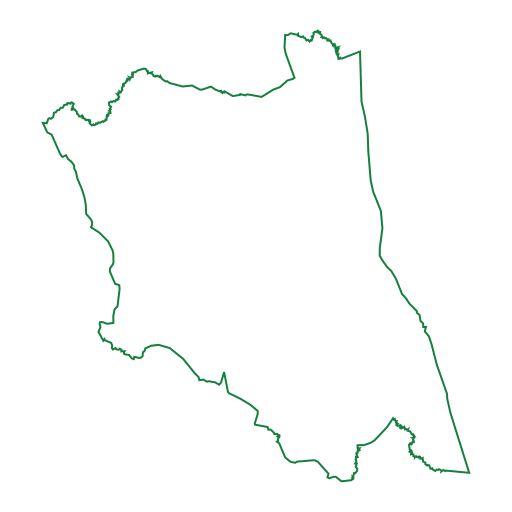 Suwannakhuha, Nong Bua Lam Phu, Thailand (Natural Earth projection)
{"feature_id": "78962969B89578186205363", "entity_name": "Suwannakhuha", "entity_type": "district", "adm_level": 2, "iso_a3": "THA", "parent_name": "Thailand", "parent_adm1": "Nong Bua Lam Phu", "projection": "natural_earth1", "projection_center": [102.211, 17.551], "detail": "fine", "context": "isolated", "style": "outline", "palette": "green", "viewbox_px": 512, "rotation_deg": 0, "n_neighbors": 0, "source": "geoboundaries", "source_scale": "gbopen_adm2", "svg_char_len": 5901}
<svg xmlns="http://www.w3.org/2000/svg" viewBox="0 0 512 512"><path d="M361.5,101.4L360.0,51.5L342.6,58.3L339.0,58.8L339.4,57.9L338.4,58.2L337.8,55.7L338.4,54.4L337.3,54.5L337.5,52.4L336.4,53.1L335.7,50.7L336.0,49.8L336.7,51.0L337.6,50.5L338.0,49.7L337.3,50.1L337.2,48.5L338.2,47.2L335.4,48.1L335.4,46.4L334.3,46.2L335.3,46.0L334.8,44.6L334.1,45.6L333.9,44.6L333.0,45.1L333.0,44.1L331.7,43.3L330.4,40.4L329.6,40.6L329.4,39.8L329.2,40.7L328.2,40.6L328.3,39.5L327.3,40.1L327.3,39.1L325.8,38.1L325.1,38.4L324.2,37.4L322.8,38.0L322.7,37.4L321.5,37.2L322.0,36.5L321.6,35.2L319.5,33.4L320.2,33.3L320.2,32.1L318.3,32.4L318.5,31.2L317.6,30.7L316.1,32.1L315.1,31.6L313.4,33.0L313.8,34.4L313.1,35.9L312.3,36.2L312.8,36.8L312.2,37.0L312.7,37.4L311.6,40.6L310.7,40.1L309.6,41.6L308.0,39.8L306.5,40.5L304.9,37.8L303.7,37.7L303.0,36.4L301.4,37.1L298.1,35.8L298.1,33.9L297.0,34.8L290.6,33.3L287.9,35.1L285.2,35.0L284.5,47.4L285.7,53.6L294.5,77.8L292.9,78.9L287.4,80.5L280.0,87.1L273.3,89.6L261.6,96.9L249.5,94.7L246.8,94.4L245.5,95.4L240.2,94.1L240.0,94.9L232.9,96.1L224.4,91.3L223.8,91.6L223.9,92.4L222.9,92.1L222.4,93.0L220.9,91.8L221.0,90.9L219.6,91.2L215.5,89.7L211.0,86.6L201.8,89.7L199.6,89.5L192.1,85.5L182.7,86.5L169.5,83.0L167.2,81.2L165.7,81.5L162.2,79.1L160.3,76.0L159.8,77.2L157.7,75.8L157.1,76.3L156.1,75.7L155.2,76.6L153.5,76.0L153.2,74.8L151.5,73.5L151.9,72.3L147.9,73.4L147.9,71.3L147.2,71.4L145.8,68.9L143.7,68.6L137.7,70.5L135.7,72.0L132.3,72.6L132.1,74.1L132.9,73.9L132.7,76.9L131.7,76.7L130.7,77.9L129.5,77.4L130.1,78.3L129.7,79.4L129.4,78.7L128.4,79.0L127.6,80.3L127.1,79.2L125.5,83.0L123.2,83.8L123.0,84.6L123.9,84.8L123.8,86.0L122.8,86.3L121.9,88.0L122.3,89.8L120.9,92.1L119.5,91.4L119.7,92.7L118.4,92.6L118.4,94.8L117.4,94.5L119.3,97.1L118.1,98.3L118.4,99.2L116.8,100.2L116.2,99.7L115.1,101.5L113.6,101.0L112.0,102.2L111.2,101.5L109.0,102.5L109.2,105.2L111.1,106.8L109.7,108.7L110.6,109.4L109.1,110.8L110.2,111.3L110.5,113.0L108.5,113.2L108.5,114.3L106.9,115.1L106.7,115.9L107.8,116.2L106.7,117.1L106.5,119.7L105.4,119.6L105.3,120.7L103.3,121.8L102.8,121.2L100.0,122.8L98.4,122.4L97.5,123.9L96.2,123.4L95.7,124.6L94.1,125.2L93.5,124.4L92.0,125.4L89.7,123.4L90.3,121.6L89.9,120.4L88.9,121.0L88.7,119.8L85.6,120.1L85.4,119.0L82.8,118.1L83.3,117.3L82.7,116.2L82.1,116.7L81.8,115.7L80.9,116.6L79.0,116.4L78.4,114.6L77.0,113.8L76.7,111.7L74.6,109.3L71.7,109.8L71.8,108.5L73.0,107.6L72.4,106.7L73.8,103.8L71.7,102.3L70.4,103.0L70.4,103.7L68.1,103.0L67.2,103.3L67.2,104.5L64.3,104.9L62.8,107.7L60.6,107.8L59.2,110.0L57.4,110.2L55.9,112.2L53.9,112.8L53.3,117.0L50.9,118.8L49.5,118.2L48.4,118.7L46.7,123.3L42.8,122.9L47.3,132.4L51.6,134.6L59.9,153.4L62.0,156.6L62.8,156.9L65.9,155.2L68.1,159.1L71.5,161.8L74.1,165.4L74.2,168.5L76.0,172.0L77.3,178.4L81.9,189.2L84.4,197.2L85.8,204.7L86.2,213.9L90.8,219.3L92.0,221.6L92.1,224.8L91.0,227.3L99.3,232.6L108.1,241.4L112.5,250.2L113.3,253.7L113.5,262.0L113.0,264.1L110.1,268.3L109.8,271.3L115.1,283.8L119.3,285.2L119.6,289.0L117.5,306.4L114.9,308.9L114.3,310.3L113.3,316.0L113.4,322.9L107.2,323.8L102.9,322.2L100.1,322.1L99.6,323.9L100.5,326.8L98.5,331.9L103.3,340.7L104.4,339.1L104.9,340.3L111.1,342.8L112.2,345.4L111.8,347.9L112.9,349.5L115.5,348.0L116.2,349.2L117.8,349.6L118.9,349.7L119.8,348.7L121.5,349.8L121.3,351.4L124.6,351.2L123.9,353.0L124.4,354.2L129.1,355.0L131.7,358.3L133.8,359.1L134.3,356.8L139.4,358.0L141.5,357.4L142.6,356.0L142.9,352.2L144.4,351.3L145.3,348.4L151.1,345.8L158.4,344.8L169.7,348.0L183.3,359.0L194.6,373.1L198.6,377.1L199.4,380.2L203.3,379.6L207.1,381.7L208.7,381.2L215.3,382.4L219.1,384.7L221.0,382.6L224.1,372.1L228.0,392.0L229.0,393.2L240.8,399.0L249.8,404.4L257.7,410.9L257.7,414.0L254.7,423.7L255.1,424.7L267.6,427.0L268.3,429.6L270.8,429.7L274.0,432.8L274.3,434.0L277.4,433.9L277.7,435.1L279.4,435.2L279.4,436.6L277.9,436.8L278.8,437.7L278.1,438.8L278.0,441.0L276.9,441.6L279.2,443.3L285.2,457.4L290.4,461.7L295.1,462.8L297.2,461.6L314.3,460.2L317.7,461.6L328.5,473.7L327.5,477.4L329.6,478.3L333.1,476.8L335.9,476.8L341.4,481.3L351.2,480.2L352.6,479.2L352.3,478.5L353.0,478.6L352.8,477.5L353.7,478.5L353.2,476.8L354.0,473.1L355.2,473.3L357.1,470.9L357.2,468.6L355.7,466.8L356.8,463.6L355.2,463.5L356.4,461.4L355.6,459.2L356.2,458.5L355.8,457.0L356.5,456.0L356.9,457.0L357.6,457.0L356.3,453.4L357.6,453.0L357.4,451.4L359.5,450.2L359.0,449.6L359.4,448.8L358.0,449.5L357.7,448.3L358.4,447.9L357.6,447.4L357.6,445.2L364.0,445.1L370.6,442.8L374.4,440.5L386.8,427.4L393.1,418.2L394.1,419.8L394.9,419.1L395.8,421.5L396.7,421.3L396.2,422.7L397.2,423.3L396.5,423.5L396.4,424.6L397.2,424.4L397.5,425.8L400.4,425.2L400.5,426.7L399.9,427.5L401.0,428.5L402.8,427.7L402.4,426.9L403.6,427.6L404.3,426.9L405.1,429.4L405.9,429.0L407.4,429.8L408.1,429.3L407.6,430.7L410.2,431.5L411.8,434.2L412.5,434.7L412.4,434.1L413.1,434.1L414.6,436.5L413.6,436.4L413.8,437.9L412.6,438.0L413.4,438.6L413.0,439.9L413.7,440.4L413.8,442.2L412.4,442.1L412.1,443.0L410.8,443.3L411.6,444.1L411.2,444.5L409.8,443.9L409.0,444.7L409.7,449.4L411.0,450.3L409.9,451.4L411.4,451.6L410.5,452.6L411.2,453.3L411.1,454.1L412.1,453.5L412.1,454.3L413.5,454.5L413.5,456.1L414.6,456.3L414.7,457.4L415.4,456.4L416.4,456.3L416.9,457.1L419.1,456.6L419.0,457.5L420.1,457.2L420.3,458.6L421.4,458.2L422.1,458.9L422.7,458.3L423.1,461.6L425.4,462.7L425.4,464.3L427.0,465.5L427.5,464.9L429.2,465.4L430.4,468.7L432.3,468.3L432.4,469.3L435.3,471.0L436.5,469.7L438.2,469.9L439.0,469.2L441.7,470.7L441.5,471.4L443.5,470.0L445.4,471.1L446.0,470.6L469.2,472.8L450.3,412.5L447.2,398.5L447.0,393.8L436.7,364.4L431.6,344.4L428.9,336.3L424.8,331.4L425.9,326.9L423.3,327.0L423.1,323.4L420.5,320.9L419.5,314.9L416.9,312.8L416.8,311.1L409.3,303.5L406.0,298.3L402.1,294.2L395.8,278.5L391.3,271.0L387.4,267.3L382.9,261.2L379.7,255.7L379.8,247.9L382.4,228.4L380.9,211.0L373.1,191.5L370.7,180.5L368.3,151.4L367.7,133.8L365.0,117.0L361.5,101.4Z" fill="none" stroke="#15803d" stroke-width="2"/></svg>